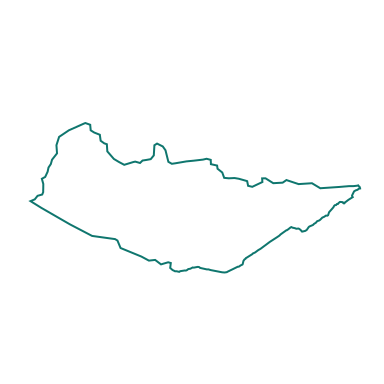 Mbere, Adamaoua, Cameroon, rotated 31°
{"feature_id": "32672807B16068661668461", "entity_name": "Mbere", "entity_type": "district", "adm_level": 2, "iso_a3": "CMR", "parent_name": "Cameroon", "parent_adm1": "Adamaoua", "projection": "albers", "projection_center": [14.525, 6.605], "detail": "fine", "context": "isolated", "style": "outline", "palette": "teal", "viewbox_px": 384, "rotation_deg": 31, "n_neighbors": 0, "source": "geoboundaries", "source_scale": "gbopen_adm2", "svg_char_len": 2702}
<svg xmlns="http://www.w3.org/2000/svg" viewBox="0 0 384 384"><g transform="rotate(31 192 192)"><path d="M58.3,283.0L71.2,283.2L104.0,282.6L129.0,281.1L141.9,275.6L150.3,272.0L153.1,272.0L159.6,276.8L181.9,273.4L190.4,273.0L195.4,269.2L202.7,270.0L207.8,264.5L210.4,263.8L212.4,268.3L215.5,268.9L217.7,268.7L218.3,268.7L219.8,267.8L221.7,267.2L222.3,266.9L222.6,266.0L226.2,263.0L227.2,262.5L227.9,261.6L228.5,260.0L230.1,258.6L231.0,257.1L231.4,256.4L232.5,255.9L235.4,253.3L236.4,252.8L237.2,252.7L238.0,252.9L244.6,250.7L246.1,249.8L247.1,249.6L248.5,249.2L259.2,245.3L261.4,244.2L263.1,242.8L263.6,241.9L267.0,236.7L269.7,232.5L270.2,232.2L270.9,231.4L271.3,230.2L272.6,228.2L272.6,227.7L271.6,224.6L271.7,222.9L272.3,221.5L272.2,221.0L272.6,220.3L275.7,214.2L275.8,213.4L277.2,211.4L278.8,207.5L279.4,206.5L280.0,205.4L280.7,203.7L284.3,194.9L288.3,186.7L289.4,184.3L289.7,182.9L290.9,180.1L292.6,176.2L293.0,175.9L293.7,174.4L294.7,171.7L295.2,170.9L296.4,170.8L296.8,170.7L298.9,170.0L299.5,169.9L300.3,169.8L301.9,168.6L302.1,168.5L302.6,168.4L304.0,168.5L305.8,168.9L306.4,169.3L307.0,169.1L309.2,166.9L309.9,165.3L310.1,162.0L310.4,161.1L312.0,158.9L312.7,157.9L312.8,157.5L313.0,156.5L314.0,154.6L314.3,152.6L315.7,150.9L316.2,149.7L316.9,146.8L318.0,145.3L319.0,143.2L320.2,142.6L320.6,141.8L320.5,141.3L319.9,138.8L321.1,132.2L321.0,131.5L321.0,130.7L321.2,129.8L322.2,129.0L322.4,127.7L323.2,127.2L323.2,126.4L323.9,124.4L324.3,124.1L326.4,123.1L327.4,123.6L328.2,123.5L328.5,123.1L328.3,122.4L328.6,122.0L330.1,118.2L332.4,113.6L331.4,113.1L331.0,112.6L330.6,108.0L331.4,106.4L332.8,104.8L333.2,103.4L334.3,102.4L334.0,102.0L333.4,101.8L332.9,101.2L331.9,101.1L331.0,100.8L330.9,101.1L327.5,103.7L323.3,106.3L318.3,109.9L316.1,111.5L300.6,122.3L300.1,122.7L290.3,122.7L280.2,129.7L279.4,130.3L267.4,133.0L266.8,133.1L264.9,137.3L257.1,142.6L248.0,142.4L245.1,144.2L247.2,147.2L241.0,156.5L236.9,157.8L233.7,154.3L232.4,154.6L225.4,156.5L221.3,158.1L216.5,161.3L212.3,163.3L207.9,159.7L201.9,158.9L199.9,156.4L193.9,158.4L191.5,154.8L187.4,156.0L184.7,158.6L177.3,164.3L171.5,168.6L162.9,176.0L160.2,178.2L156.2,178.3L152.6,174.7L147.8,169.9L143.5,168.0L137.1,168.5L135.7,171.3L140.4,180.3L139.8,184.4L139.7,185.1L136.4,188.0L133.4,190.5L132.5,193.9L127.7,195.2L126.4,196.4L119.9,203.6L114.0,203.9L108.0,203.9L98.5,200.8L94.4,194.9L91.7,195.5L87.3,195.1L83.5,190.4L77.5,191.4L73.4,191.3L70.1,186.8L65.1,187.8L64.6,188.4L63.8,189.5L54.7,202.5L49.7,213.2L51.7,221.7L56.4,228.4L55.4,236.4L56.6,240.8L56.4,244.9L57.8,249.0L58.4,254.7L56.5,258.0L60.4,261.7L62.8,265.8L63.8,267.6L64.5,268.7L64.9,271.3L61.6,274.8L61.0,279.3L58.3,283.0Z" fill="none" stroke="#0f766e" stroke-width="2"/></g></svg>